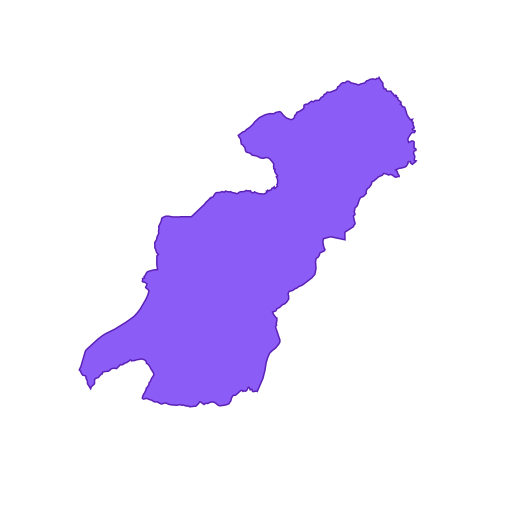 the district of Chimbo, Bolivar, Ecuador, rotated 318°
{"feature_id": "8360857B60997464812695", "entity_name": "Chimbo", "entity_type": "district", "adm_level": 2, "iso_a3": "ECU", "parent_name": "Ecuador", "parent_adm1": "Bolivar", "projection": "albers", "projection_center": [-79.114, -1.677], "detail": "fine", "context": "isolated", "style": "filled", "palette": "violet", "viewbox_px": 512, "rotation_deg": 318, "n_neighbors": 0, "source": "geoboundaries", "source_scale": "gbopen_adm2", "svg_char_len": 6098}
<svg xmlns="http://www.w3.org/2000/svg" viewBox="0 0 512 512"><g transform="rotate(318 256 256)"><path d="M44.3,244.0L46.1,243.0L50.5,242.9L53.5,239.7L55.2,239.8L57.6,240.8L60.9,240.3L63.0,240.7L63.9,239.8L64.4,239.8L66.5,240.8L69.1,242.8L70.5,243.1L73.0,243.0L73.8,243.4L75.2,244.2L77.1,246.4L82.6,246.0L83.3,247.0L84.4,247.6L85.5,247.3L86.0,247.9L86.7,247.7L88.7,248.8L89.2,248.6L90.9,249.1L92.7,248.9L93.3,249.3L93.3,250.7L94.6,251.4L95.3,252.2L97.9,253.3L102.5,256.3L103.7,258.8L103.9,260.8L102.8,262.4L103.3,263.7L103.2,266.7L102.3,269.7L102.1,272.1L101.8,272.4L101.7,274.0L100.6,276.0L96.1,277.2L93.7,278.5L91.9,278.6L90.3,279.9L87.9,280.7L86.0,280.8L85.1,281.6L82.0,283.0L79.4,283.7L76.5,285.4L76.5,286.9L79.7,288.9L80.3,290.6L82.0,293.4L82.5,295.4L83.3,296.9L84.8,298.1L86.4,302.3L87.2,303.1L89.7,304.1L90.9,305.2L91.7,307.5L93.5,310.0L97.3,313.9L100.2,315.7L100.9,317.2L102.3,318.2L104.0,321.2L105.2,321.8L105.8,323.7L111.0,327.4L113.9,327.3L116.6,326.7L117.2,327.7L118.0,331.6L120.1,331.8L121.3,333.2L124.7,334.3L126.7,336.1L127.5,338.1L128.0,341.7L129.0,343.2L130.2,344.1L133.9,346.5L137.1,347.7L137.8,347.3L140.2,346.9L142.7,345.2L145.4,344.3L146.2,344.5L147.4,345.6L148.1,345.8L154.2,345.8L155.4,346.1L155.7,346.6L155.7,348.0L157.3,348.6L157.9,349.6L159.3,349.6L162.5,348.4L163.0,349.0L162.1,351.6L163.2,351.9L163.8,352.4L162.9,353.9L163.0,354.8L166.2,356.9L166.3,357.5L179.2,351.6L186.1,347.0L192.1,342.1L196.9,339.2L201.2,337.3L205.2,337.2L209.1,337.5L214.0,336.7L216.2,335.9L217.6,334.3L223.0,321.9L223.7,321.4L225.0,321.2L225.7,319.9L228.5,317.8L230.0,316.1L229.6,315.4L229.8,311.9L230.7,308.7L233.9,310.0L236.4,309.2L239.1,310.0L243.2,309.9L245.4,310.8L248.1,310.7L251.7,309.8L252.5,308.6L253.6,307.5L254.1,306.2L254.9,305.3L256.8,304.5L260.2,306.1L263.4,306.5L265.0,307.2L267.9,307.4L269.1,308.1L271.6,308.7L282.9,309.6L287.5,309.0L292.3,305.4L296.3,300.2L298.7,298.3L299.4,298.1L301.8,298.4L304.1,297.5L305.1,296.7L305.7,296.5L309.4,297.7L310.5,297.9L311.5,297.4L311.8,297.0L311.6,296.5L312.9,293.8L315.2,290.2L317.7,288.3L324.3,291.6L333.0,303.5L337.9,297.8L348.1,299.4L349.0,298.7L351.0,298.5L351.7,297.8L352.6,295.7L354.9,291.8L355.4,291.4L357.2,291.5L357.9,290.5L358.7,288.6L360.1,288.0L360.6,287.1L362.3,286.4L363.8,286.6L365.8,286.0L370.3,283.4L372.3,282.6L373.6,282.6L374.7,283.3L376.0,283.6L379.9,283.3L380.4,282.2L382.0,281.1L384.2,280.5L385.8,280.8L389.2,280.1L392.0,278.4L393.9,279.1L399.9,279.1L404.0,280.5L406.1,280.1L407.8,282.3L408.6,284.4L410.6,285.5L411.2,286.3L412.2,290.5L412.9,291.2L415.3,292.3L415.6,292.7L416.2,291.9L416.4,290.0L417.5,287.6L417.4,285.4L421.1,286.7L423.7,288.4L426.6,289.7L427.9,289.8L430.9,288.9L431.7,287.9L433.8,288.9L433.1,291.0L433.5,292.5L437.9,292.7L438.7,292.5L437.7,291.3L437.8,290.6L440.7,288.2L441.7,285.3L442.6,284.4L443.9,283.8L445.5,284.5L445.9,284.3L446.5,283.0L445.7,281.5L449.8,277.1L449.7,275.9L448.8,274.7L445.4,273.8L446.6,271.2L448.6,269.9L453.3,268.7L455.2,268.9L456.0,270.2L457.6,270.0L458.1,269.3L457.0,267.7L456.8,266.6L457.3,266.2L459.2,266.7L459.5,266.4L460.9,262.9L462.2,262.0L461.8,260.8L462.0,260.0L463.8,259.1L462.1,258.3L461.7,257.8L462.2,256.7L462.1,254.5L462.5,253.7L462.6,252.3L464.7,248.1L466.0,244.9L465.1,243.5L464.9,241.6L465.4,240.3L464.9,239.7L466.2,239.3L466.7,238.7L466.2,234.5L467.3,233.2L466.4,231.7L467.4,231.2L467.7,230.6L467.3,229.9L466.3,229.8L465.9,229.2L466.5,227.8L466.2,226.1L466.6,223.9L463.7,221.2L463.6,220.4L464.3,218.8L463.3,217.8L463.1,217.1L463.8,216.1L464.1,214.4L465.4,213.3L466.0,212.1L466.3,208.1L466.9,205.7L465.9,206.1L464.7,204.9L463.0,204.8L461.4,202.6L459.1,201.1L457.0,200.6L455.2,199.8L452.7,200.2L448.6,198.0L446.6,197.6L446.0,196.1L442.3,190.6L442.0,188.5L441.5,187.8L440.4,186.9L438.1,186.8L436.3,185.2L434.3,184.9L431.7,185.4L430.0,185.0L427.9,186.1L426.4,186.0L420.4,183.8L418.6,181.8L416.4,182.2L414.9,181.5L413.0,182.4L410.5,181.8L407.0,182.5L404.1,180.0L401.7,179.8L400.8,178.1L395.9,177.6L394.5,176.5L393.0,176.0L392.3,176.3L390.7,178.0L389.7,178.3L385.4,177.7L382.4,176.6L380.6,177.5L378.9,177.5L376.8,178.9L374.5,178.9L373.0,177.8L370.9,173.6L370.5,170.3L370.7,165.8L370.2,164.5L366.6,162.5L364.3,162.1L361.5,159.4L357.2,157.1L350.8,155.4L344.7,155.5L341.7,156.1L337.3,156.2L333.3,155.6L331.3,155.9L329.0,154.9L323.5,154.5L323.0,156.2L322.8,158.7L320.0,162.9L320.5,165.2L320.3,165.8L320.3,167.9L318.6,170.8L318.4,172.4L320.4,175.5L320.6,178.5L323.4,182.1L325.1,186.4L326.9,188.3L329.8,189.9L330.9,191.6L331.2,193.2L331.1,197.5L330.6,199.8L329.3,200.8L327.5,203.2L328.2,204.4L327.0,205.0L326.4,205.9L325.8,208.5L325.8,210.7L325.5,211.0L324.1,210.7L323.6,212.7L322.7,214.3L320.4,216.7L319.4,216.7L318.7,218.4L315.1,218.5L314.7,218.1L315.7,216.8L314.4,216.8L313.1,216.3L311.7,217.0L311.0,216.8L310.5,216.4L309.1,216.2L308.7,214.9L308.2,215.1L307.1,214.8L307.0,215.7L306.3,215.9L303.5,215.4L300.5,212.3L299.0,210.2L297.8,207.3L296.4,207.4L295.9,207.0L295.0,204.6L295.5,204.2L295.5,203.8L293.4,202.1L292.6,200.7L290.5,200.3L287.6,198.0L286.5,197.5L284.0,197.2L283.4,196.8L282.6,195.3L280.7,192.8L280.2,191.2L278.9,190.4L277.1,188.1L277.0,187.5L276.7,187.3L275.1,187.4L274.1,185.6L271.8,184.6L268.8,182.3L267.1,182.3L263.8,183.3L263.1,183.3L261.9,182.4L260.6,182.8L260.2,182.2L258.9,182.6L254.8,182.6L252.3,183.1L234.3,183.6L225.9,176.1L224.1,175.0L223.9,174.5L220.3,171.3L217.5,167.7L215.5,166.0L213.0,165.1L211.2,164.9L208.5,166.9L203.5,168.9L202.0,170.9L200.4,172.1L198.7,174.2L195.2,175.6L192.9,177.4L189.8,178.2L186.2,182.4L185.9,183.8L184.4,187.0L184.5,189.6L182.4,189.6L176.7,195.8L173.8,200.2L170.0,197.5L165.0,195.1L163.5,195.2L160.3,196.4L159.2,196.3L158.4,197.8L157.1,196.9L156.5,196.9L155.9,198.0L154.6,198.6L154.6,199.6L155.9,201.3L156.3,203.7L155.5,204.5L153.1,205.3L152.8,205.7L153.3,208.1L153.2,209.9L152.9,210.5L149.4,212.7L145.2,214.5L134.6,217.9L130.0,218.8L124.7,219.3L114.9,218.2L102.1,215.9L92.7,213.2L88.8,212.5L82.9,212.0L68.3,212.1L66.1,212.3L64.9,212.9L52.0,220.9L48.4,222.4L48.5,224.2L47.7,226.5L47.5,228.7L48.9,230.5L49.1,231.6L47.8,233.3L47.1,235.9L45.3,238.3L44.3,244.0Z" fill="#8b5cf6" stroke="#5b21b6" stroke-width="1.5"/></g></svg>